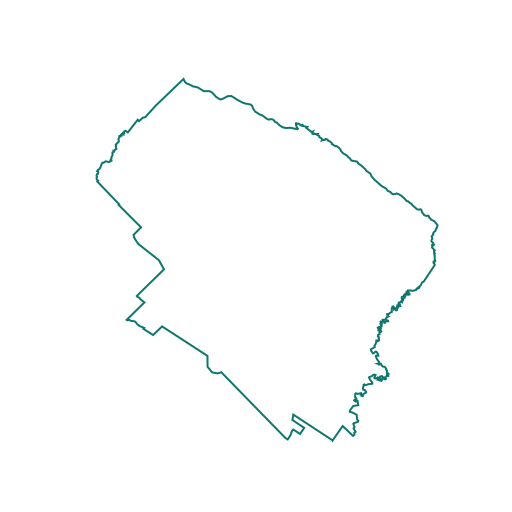 Calamuchita, Córdoba, Argentina (orthographic projection), rotated 123°
{"feature_id": "61730980B46916447207534", "entity_name": "Calamuchita", "entity_type": "district", "adm_level": 2, "iso_a3": "ARG", "parent_name": "Argentina", "parent_adm1": "Córdoba", "projection": "orthographic", "projection_center": [-64.638, -32.22], "detail": "fine", "context": "isolated", "style": "outline", "palette": "teal", "viewbox_px": 512, "rotation_deg": 123, "n_neighbors": 0, "source": "geoboundaries", "source_scale": "gbopen_adm2", "svg_char_len": 6061}
<svg xmlns="http://www.w3.org/2000/svg" viewBox="0 0 512 512"><g transform="rotate(123 256 256)"><path d="M147.0,413.2L184.5,422.0L199.9,424.5L201.6,426.2L206.6,427.6L206.2,429.4L222.1,430.8L222.1,433.7L223.2,434.4L224.6,433.6L225.0,434.6L225.4,434.6L226.3,433.4L226.9,434.9L228.1,434.3L228.3,435.2L229.6,434.9L229.9,435.9L231.0,435.3L232.8,435.1L234.5,433.4L238.9,434.3L239.7,433.2L240.6,433.2L242.2,431.4L243.8,432.2L245.0,432.0L245.4,432.8L246.2,432.0L247.4,432.8L249.5,431.2L251.5,431.1L252.4,430.9L252.9,430.3L254.4,430.3L254.5,429.7L255.0,429.9L255.1,429.3L257.3,430.4L258.4,433.6L260.8,434.6L261.0,435.3L262.2,435.7L266.8,434.7L268.9,434.8L269.8,435.5L271.4,435.4L271.2,434.7L271.5,433.9L273.2,433.3L273.8,433.9L275.5,433.5L276.3,432.4L277.0,432.4L278.5,431.3L278.8,429.4L280.0,429.6L287.2,398.8L288.0,399.0L294.6,368.0L305.0,370.2L306.8,368.1L307.0,368.2L308.9,363.9L310.0,361.2L312.4,335.2L317.3,325.9L354.5,334.2L354.8,333.7L354.6,330.9L355.2,329.4L355.7,324.3L380.0,329.7L380.0,328.7L378.7,327.7L378.4,325.3L376.9,322.3L377.0,320.9L377.8,318.8L378.2,315.8L377.2,310.6L378.4,310.7L378.3,299.2L366.2,296.4L366.2,242.3L375.3,236.3L377.5,229.4L375.3,224.2L372.4,221.8L392.6,132.3L392.6,129.5L387.3,129.5L382.9,130.6L381.2,130.2L381.3,122.1L373.9,122.0L373.7,136.2L368.7,138.3L368.9,91.8L369.2,91.3L351.4,90.7L354.0,76.7L352.3,76.1L350.7,77.3L349.2,76.7L347.4,80.3L345.6,80.4L343.8,83.0L343.1,83.0L339.6,80.3L338.5,80.4L338.0,82.2L334.3,85.2L334.8,90.2L335.6,92.3L335.3,92.7L333.5,93.1L328.8,92.7L325.4,89.0L322.3,91.8L322.4,92.2L323.7,92.9L323.7,95.0L322.9,95.1L321.5,93.7L320.8,94.2L320.4,96.0L317.5,97.7L316.7,97.4L316.2,95.5L313.8,93.2L314.6,92.4L315.3,92.4L315.2,91.8L315.8,91.4L315.5,90.2L313.4,90.8L310.5,89.4L309.8,89.8L309.1,92.0L309.7,93.2L308.3,94.6L306.9,94.8L305.5,95.6L304.7,95.3L304.8,94.3L304.5,93.7L302.3,91.9L299.8,88.9L298.8,89.5L297.5,93.2L296.4,95.0L295.7,95.0L293.7,93.4L292.0,93.0L290.9,92.0L290.7,90.9L293.3,90.6L294.0,90.1L293.4,88.6L291.4,87.7L291.4,87.2L291.8,86.6L293.5,86.5L292.4,82.8L291.7,82.7L291.3,83.1L290.8,86.2L289.4,86.2L288.1,85.0L288.3,84.1L289.0,83.7L289.5,82.8L289.3,80.6L288.3,80.1L287.3,81.3L287.4,81.7L286.9,81.3L285.2,81.0L284.1,81.5L284.3,80.7L284.8,80.3L284.6,79.7L283.3,80.6L282.7,80.5L282.5,82.8L280.8,83.7L280.3,85.2L279.7,85.5L279.0,87.1L278.9,87.9L279.7,89.5L279.2,91.2L278.4,92.4L279.3,93.1L278.7,93.2L278.8,94.0L279.8,94.5L280.1,95.4L278.6,94.2L277.6,95.5L276.7,98.4L274.8,100.9L274.1,101.0L272.9,99.1L271.7,100.4L270.7,102.7L271.2,103.8L273.5,104.3L274.0,104.9L272.7,108.0L271.6,108.7L267.7,106.8L266.4,107.9L265.0,107.7L262.7,108.3L261.3,109.1L260.7,108.2L261.0,107.3L259.8,106.9L257.1,108.9L257.2,109.9L256.7,110.2L255.3,110.5L254.4,109.8L252.5,111.0L252.1,110.1L250.9,109.9L250.7,110.8L250.0,111.5L250.5,112.4L251.2,112.4L251.6,112.9L250.9,113.2L249.8,114.8L249.2,114.5L249.4,113.5L248.8,113.3L248.5,112.5L247.9,113.5L246.9,112.3L246.5,112.4L245.2,114.7L244.7,114.5L244.5,113.5L243.9,113.8L243.3,115.8L242.9,115.7L242.7,114.3L242.0,113.8L240.5,115.0L239.9,114.0L241.2,113.2L242.1,111.9L241.6,111.3L239.6,111.6L238.7,109.6L238.4,109.9L238.6,111.6L238.3,113.0L235.6,112.8L234.5,111.9L234.4,112.8L233.7,113.2L233.9,114.0L233.4,114.4L231.9,112.8L231.0,112.8L228.9,111.6L226.5,113.4L224.4,113.9L224.3,113.2L223.7,113.3L223.9,112.4L224.5,111.4L225.2,111.7L225.7,111.3L224.1,110.5L225.3,109.2L225.3,108.8L224.6,108.4L222.3,110.2L220.7,110.1L220.3,110.6L219.4,109.6L220.6,108.9L219.5,108.9L219.8,108.3L219.3,107.7L217.7,109.8L217.8,110.8L217.4,110.9L216.8,110.0L215.4,109.9L214.8,109.3L215.0,108.3L214.0,108.6L214.3,109.0L214.1,109.3L213.3,109.4L212.8,108.7L211.9,108.9L212.9,109.8L212.5,110.3L212.0,109.8L211.6,111.1L211.0,111.3L210.8,110.5L209.0,110.5L209.6,110.0L209.6,108.7L207.8,109.0L206.7,109.8L205.5,107.0L204.6,106.3L203.9,107.0L203.9,108.1L204.7,109.1L204.9,109.9L204.0,110.3L203.5,109.4L202.3,109.8L202.1,108.9L201.6,108.9L200.3,106.9L200.0,105.7L197.4,103.3L195.8,103.5L195.5,102.8L194.3,102.8L194.6,102.3L193.7,101.7L192.2,102.2L190.7,101.9L187.7,102.3L186.2,101.4L166.3,101.2L165.6,101.7L165.3,103.1L164.2,104.0L163.3,103.8L163.3,103.0L162.4,103.0L161.6,104.1L159.8,105.5L158.6,106.0L157.8,107.2L156.5,107.4L156.5,108.4L154.2,109.1L154.6,109.6L153.6,110.5L153.0,113.0L152.0,113.2L151.0,114.4L150.3,114.0L150.5,113.2L149.5,113.0L149.5,113.6L148.4,114.6L148.6,115.4L147.9,117.0L147.4,117.4L145.5,117.5L143.9,119.4L141.5,119.0L141.3,119.4L139.7,119.9L137.0,119.2L135.1,119.8L133.9,119.6L131.3,120.5L129.7,125.3L130.1,129.1L129.4,130.8L129.4,131.9L128.5,132.7L128.4,133.7L129.6,134.9L130.1,137.1L128.9,140.5L127.5,142.1L127.1,143.3L128.4,144.7L129.1,146.3L128.2,152.6L127.5,154.2L127.8,155.7L127.3,157.8L127.8,159.5L126.9,163.1L126.3,167.0L126.5,170.3L127.0,172.2L128.3,173.0L129.8,175.1L129.1,178.6L129.7,180.9L128.6,183.5L128.9,188.7L127.4,198.7L126.3,202.4L124.6,205.1L124.5,209.6L123.7,211.6L122.8,217.1L122.7,220.9L122.1,221.4L121.8,222.7L124.0,228.0L122.9,230.9L122.9,232.5L122.3,234.2L122.4,238.8L121.7,241.7L120.5,243.6L120.0,245.8L120.0,248.5L120.6,249.1L120.8,253.1L120.4,253.1L120.0,254.2L119.7,256.4L120.0,258.6L119.4,259.2L120.0,261.5L121.2,261.6L122.1,262.7L122.1,263.1L123.3,263.8L122.2,264.2L121.7,265.0L121.8,267.7L120.9,268.3L121.1,270.9L120.1,270.8L121.3,272.4L121.5,273.5L122.5,274.1L122.6,275.1L121.8,275.0L121.9,276.3L121.0,276.3L121.5,276.6L121.6,279.4L121.2,283.4L119.8,283.2L121.4,287.3L121.1,287.2L120.7,288.5L121.6,288.9L121.9,289.7L121.8,292.3L122.4,293.0L122.6,294.3L123.0,294.8L123.6,294.5L125.6,292.2L126.4,290.2L127.2,290.4L129.6,296.8L132.3,300.5L133.5,303.6L133.6,307.1L132.8,311.0L133.2,313.1L132.4,315.0L132.4,316.3L133.2,318.3L134.5,319.3L135.1,321.2L134.6,327.2L135.2,329.5L135.4,335.3L134.0,338.6L132.3,340.8L131.8,342.8L132.6,344.5L132.9,345.9L133.8,347.3L134.6,350.6L135.3,357.8L135.1,358.7L135.3,363.9L137.3,366.7L142.1,369.4L143.9,370.8L144.3,371.9L144.3,376.0L142.9,381.4L142.8,383.6L143.5,385.5L146.2,389.5L146.3,396.4L147.4,399.8L148.0,400.7L148.5,405.6L149.0,407.6L148.9,410.0L147.0,413.2Z" fill="none" stroke="#0f766e" stroke-width="2"/></g></svg>